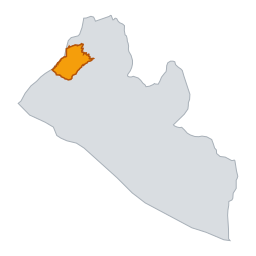 Kongba, Gbapolu, Liberia (highlighted)
{"feature_id": "62588387B18809430914172", "entity_name": "Kongba", "entity_type": "district", "adm_level": 2, "iso_a3": "LBR", "parent_name": "Liberia", "parent_adm1": "Gbapolu", "projection": "mercator", "projection_center": [-10.454, 7.678], "detail": "fine", "context": "in_parent", "style": "filled", "palette": "amber", "viewbox_px": 256, "rotation_deg": 0, "n_neighbors": 0, "source": "geoboundaries", "source_scale": "gbopen_adm2", "svg_char_len": 4120}
<svg xmlns="http://www.w3.org/2000/svg" viewBox="0 0 256 256"><path d="M18.2,103.4L21.0,101.0L25.2,93.2L31.0,85.8L36.5,81.4L40.8,76.9L45.3,73.4L51.9,69.3L61.8,58.6L64.2,57.4L65.8,50.0L68.3,40.6L71.2,37.6L78.0,35.9L79.6,34.3L82.0,27.6L83.5,19.9L83.7,18.2L86.3,18.0L90.9,16.3L93.6,17.1L94.7,19.3L95.4,21.2L109.2,16.4L110.5,15.4L111.2,15.5L112.9,19.9L113.9,19.6L114.8,18.4L115.7,18.2L116.8,18.8L117.9,20.9L119.6,22.7L122.6,24.0L124.5,25.7L124.3,30.4L125.1,34.9L126.4,35.9L127.1,38.6L127.4,41.6L128.1,43.2L128.6,46.1L128.4,49.3L128.9,51.6L131.1,55.5L132.5,60.4L132.5,63.9L131.7,67.5L130.3,70.8L127.7,74.5L127.5,75.9L129.0,76.9L131.3,77.0L133.3,76.3L138.2,78.0L140.8,80.4L143.0,83.3L145.0,84.8L146.0,86.7L149.5,86.2L153.5,84.4L154.3,83.5L155.5,84.0L158.2,84.2L160.0,80.9L161.5,77.2L164.6,73.2L166.1,71.6L166.5,69.0L166.7,65.7L167.8,62.8L170.4,61.2L173.2,61.2L174.8,61.8L175.5,64.6L177.8,66.8L179.7,68.2L180.7,68.8L182.3,70.5L183.9,76.1L189.9,94.3L189.6,99.4L188.4,102.6L188.3,105.8L187.9,109.0L184.3,114.2L173.4,124.8L174.3,125.8L176.9,127.0L179.5,127.6L181.7,127.3L184.4,129.9L187.3,133.2L190.4,135.0L194.8,136.5L198.7,136.7L202.0,136.1L206.7,136.8L211.7,139.5L213.4,144.1L214.6,148.0L216.4,150.0L216.6,153.5L220.1,156.5L225.2,157.1L231.7,160.6L233.4,160.4L234.1,160.0L234.9,160.7L236.5,170.9L237.8,176.3L237.1,178.5L236.2,180.2L236.2,188.4L233.2,193.2L232.8,198.3L231.9,200.0L228.8,201.5L228.7,205.5L227.9,210.3L227.6,215.4L228.5,228.8L228.6,238.8L230.0,240.6L223.9,239.8L205.8,232.2L191.9,227.8L145.2,202.9L132.2,192.9L117.3,178.0L84.0,148.0L76.4,143.1L66.9,140.8L61.0,138.2L56.8,135.5L53.4,127.1L45.1,122.2L29.7,115.1L18.2,103.4Z" fill="#d9dde1" stroke="#a8b0b8" stroke-width="1"/><path d="M93.7,58.5L93.6,58.4L92.9,58.4L92.4,58.5L90.8,58.7L89.4,58.8L89.3,58.6L89.8,58.0L89.9,57.4L90.0,57.1L89.8,56.6L89.3,56.4L89.1,56.5L88.9,56.5L88.6,56.3L88.6,55.7L88.8,55.0L88.8,54.6L88.9,54.4L88.8,54.2L88.4,54.2L87.7,54.7L87.4,54.9L86.8,55.0L86.5,54.7L86.1,54.2L85.9,53.9L86.1,53.6L86.4,53.1L86.3,52.9L86.0,53.0L85.5,53.2L85.4,53.0L85.2,52.9L84.8,53.1L84.6,53.2L84.5,53.3L84.4,53.4L83.9,53.9L83.7,54.1L83.9,52.5L83.7,52.4L83.0,52.2L82.6,52.3L82.3,52.1L82.1,52.1L82.1,51.9L82.1,51.7L81.9,51.6L81.7,50.8L81.8,50.7L82.0,50.5L82.2,50.4L82.3,50.4L82.7,50.1L82.8,49.4L82.9,49.0L83.1,48.4L82.9,48.4L82.1,48.8L81.6,48.7L81.4,48.4L81.5,47.9L81.8,47.3L81.8,47.1L82.0,46.8L82.5,46.3L82.9,45.5L83.0,44.8L83.2,44.4L82.8,44.0L82.4,44.1L82.2,44.1L81.9,44.1L81.4,43.7L81.2,43.9L80.9,44.5L80.8,44.4L80.6,44.5L80.3,44.7L78.9,45.2L78.6,45.3L77.8,45.6L77.5,45.7L77.5,45.2L77.0,45.1L76.6,45.0L76.2,45.1L75.8,45.2L75.7,45.2L75.4,44.9L75.1,44.9L75.0,45.0L74.8,45.1L74.6,45.2L74.0,45.5L73.6,45.6L72.9,45.8L72.7,45.8L71.9,46.3L71.5,46.4L70.7,46.7L70.2,46.8L69.7,47.1L69.7,46.9L69.7,46.6L69.5,46.4L69.5,46.6L69.4,46.7L69.2,47.1L68.8,47.4L68.7,47.3L68.6,47.2L68.5,47.5L68.4,47.7L67.9,48.1L67.1,48.5L66.4,48.7L66.4,49.2L66.4,50.4L66.4,55.0L66.4,56.5L65.8,56.7L65.1,57.0L64.6,56.9L64.4,56.8L63.6,57.2L63.0,57.9L62.4,58.2L61.5,58.5L61.0,59.1L61.0,59.3L60.8,60.0L60.4,60.1L60.5,60.4L60.0,60.7L59.9,61.0L60.0,61.2L59.6,61.5L59.3,61.5L58.7,62.3L58.8,62.7L58.4,62.8L57.8,63.2L57.8,63.5L57.5,63.1L57.4,63.3L57.4,63.7L56.5,64.9L56.6,65.2L56.5,65.4L56.5,65.8L56.5,66.0L56.1,66.4L55.2,66.3L55.2,66.5L54.8,66.8L55.0,67.3L54.6,67.5L54.6,67.9L54.1,68.0L53.8,68.3L53.7,68.4L53.7,68.7L52.9,69.3L52.1,69.7L52.3,70.0L52.9,70.2L53.3,71.0L54.0,71.5L54.7,71.8L55.2,72.6L55.9,73.1L56.1,73.8L56.3,74.3L56.3,74.7L56.9,74.9L58.1,74.9L59.6,75.2L59.8,75.0L61.0,76.0L61.1,76.6L62.1,77.1L63.7,77.7L64.9,78.5L65.0,78.9L65.3,79.0L65.6,79.0L65.8,79.0L66.4,79.0L66.6,79.1L67.2,79.4L67.8,79.7L68.3,79.8L68.8,79.9L69.2,79.7L69.4,79.6L69.6,79.6L69.8,79.6L70.3,79.5L70.7,79.4L70.9,79.3L71.0,79.3L71.3,78.7L72.0,78.1L71.9,76.7L72.9,75.2L73.3,75.0L73.9,74.8L76.1,73.9L76.2,73.5L76.2,73.3L76.9,72.1L77.7,70.6L78.9,69.7L79.9,68.4L80.8,67.6L81.6,67.1L81.7,66.2L82.5,65.2L82.8,64.9L83.0,64.7L83.4,65.4L83.9,65.0L85.6,63.5L87.1,62.9L87.3,62.6L87.4,62.4L87.8,61.7L88.7,61.3L90.1,61.1L91.0,60.7L91.5,60.3L91.3,59.8L92.0,59.8L92.0,59.3L93.7,58.5Z" fill="#f59e0b" stroke="#b45309" stroke-width="1.5"/></svg>